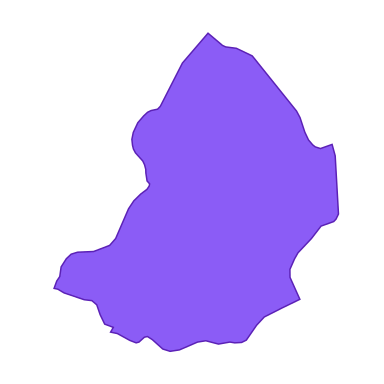 an SVG outline of Herrera, rotated 175°
{"feature_id": "PAN-1338", "entity_name": "Herrera", "entity_type": "Province", "adm_level": 1, "iso_a3": "PAN", "parent_name": "Panama", "parent_adm1": "", "projection": "mercator", "projection_center": [-80.638, 7.834], "detail": "fine", "context": "isolated", "style": "filled", "palette": "violet", "viewbox_px": 384, "rotation_deg": 175, "n_neighbors": 0, "source": "natural_earth", "source_scale": "10m", "svg_char_len": 1168}
<svg xmlns="http://www.w3.org/2000/svg" viewBox="0 0 384 384"><g transform="rotate(175 192 192)"><path d="M285.3,59.5L282.2,64.0L290.5,68.0L294.2,77.8L296.7,87.9L301.2,92.5L308.8,94.1L328.2,102.6L334.2,106.9L337.8,108.0L334.5,115.1L331.1,119.3L328.9,128.8L323.0,136.5L317.8,140.6L311.3,142.0L295.2,141.3L278.7,146.0L272.1,152.3L256.7,180.8L250.7,188.3L243.3,194.4L236.6,198.6L234.1,201.7L233.5,203.8L235.8,206.9L236.3,214.9L236.1,218.6L236.9,223.3L238.3,227.1L244.9,235.9L246.6,239.9L247.2,243.8L247.3,249.7L245.3,256.5L239.9,265.8L233.5,272.0L229.3,275.3L225.7,276.7L219.1,277.5L216.1,280.1L190.3,321.3L162.2,348.8L148.9,335.4L145.8,333.6L135.3,331.3L120.1,322.3L80.8,263.5L77.9,256.7L74.4,241.8L71.4,233.7L67.7,228.5L65.3,226.2L60.2,224.1L48.3,227.2L46.2,215.6L48.0,157.3L50.9,152.4L53.4,150.2L66.4,146.8L77.1,135.2L91.7,122.2L95.7,116.4L101.2,106.4L101.8,98.4L93.9,75.7L112.5,68.6L130.9,61.2L139.2,53.7L150.8,39.7L155.7,37.8L162.6,38.0L167.3,39.2L178.9,38.2L191.2,42.6L199.6,42.0L218.3,35.8L227.7,35.2L234.8,38.1L244.4,48.4L249.0,51.9L252.1,51.5L257.9,47.1L260.8,46.6L266.9,49.6L278.7,57.5L285.3,59.5Z" fill="#8b5cf6" stroke="#5b21b6" stroke-width="1.5"/></g></svg>